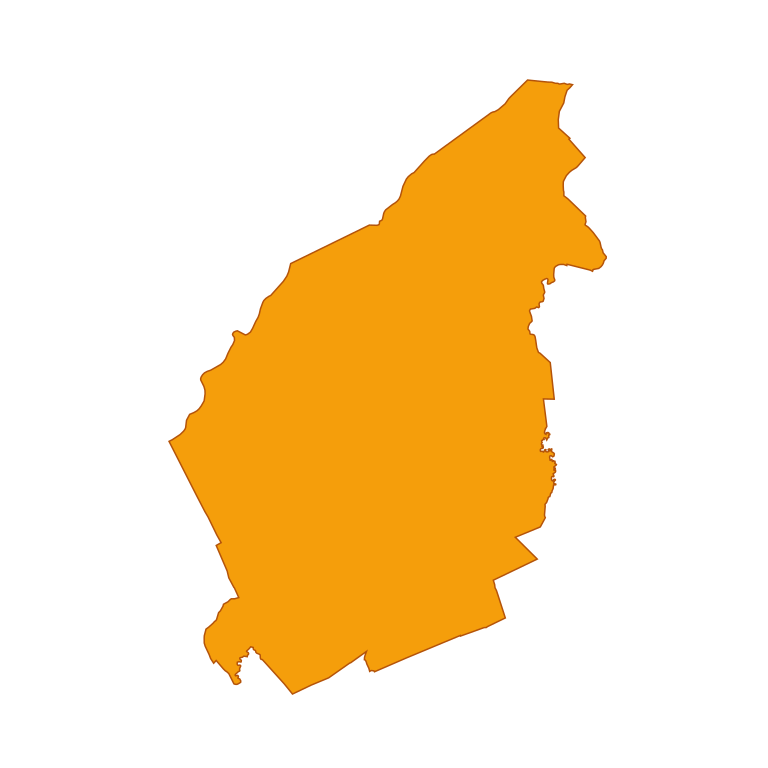 Draganesti, Suceava, Romania (Equal Earth projection), rotated 276°
{"feature_id": "2599482B31122548241895", "entity_name": "Draganesti", "entity_type": "district", "adm_level": 2, "iso_a3": "ROU", "parent_name": "Romania", "parent_adm1": "Suceava", "projection": "equal_earth", "projection_center": [26.414, 47.314], "detail": "fine", "context": "isolated", "style": "filled", "palette": "amber", "viewbox_px": 768, "rotation_deg": 276, "n_neighbors": 0, "source": "geoboundaries", "source_scale": "gbopen_adm2", "svg_char_len": 6099}
<svg xmlns="http://www.w3.org/2000/svg" viewBox="0 0 768 768"><g transform="rotate(276 384 384)"><path d="M333.0,560.2L334.5,557.4L335.9,557.7L336.9,557.7L337.0,557.4L336.7,556.9L335.9,556.8L335.4,556.5L335.4,556.1L336.7,555.3L336.5,554.6L336.0,554.1L335.5,554.2L335.1,555.0L334.4,555.1L333.7,554.2L333.5,553.2L333.7,552.1L334.1,551.8L335.6,551.9L335.7,551.6L335.5,550.9L335.0,550.5L333.3,550.1L333.0,549.7L333.7,548.2L333.3,547.1L333.4,546.7L334.2,546.4L335.3,546.4L336.0,546.8L336.3,547.2L336.4,548.1L336.8,548.8L337.3,549.1L338.2,548.9L338.0,548.1L338.5,547.6L339.8,548.5L339.9,548.3L339.8,547.4L340.0,547.1L340.8,546.8L341.7,547.0L342.3,547.4L342.8,547.0L344.1,546.7L344.4,546.9L344.6,547.5L345.5,548.0L345.6,549.0L346.7,548.5L347.1,548.7L347.3,549.3L347.3,550.4L345.3,551.7L347.4,552.4L348.0,553.5L350.4,553.2L350.7,553.4L350.8,554.0L351.4,554.2L351.8,553.4L352.7,552.9L352.9,552.3L352.9,551.9L352.4,551.7L352.3,551.4L352.5,550.6L350.8,550.4L351.4,549.2L352.1,548.7L354.4,548.7L355.6,549.2L356.7,549.2L357.1,549.7L358.9,550.4L385.8,544.1L386.7,554.9L422.7,547.1L430.9,536.0L431.4,534.7L431.8,534.2L435.9,532.2L443.4,530.3L446.8,529.3L448.0,528.6L448.5,528.0L448.8,526.9L448.8,524.6L449.1,524.0L451.6,523.4L453.8,521.4L456.3,521.5L459.5,522.5L461.7,524.5L462.3,524.7L466.6,523.6L471.5,521.2L472.3,521.1L473.8,521.8L475.0,526.1L476.5,527.7L476.5,528.2L476.1,529.8L476.4,530.1L477.1,530.5L479.6,529.9L480.4,529.9L481.2,530.3L481.9,530.8L482.3,532.6L482.9,533.6L485.8,534.2L488.8,533.2L489.7,533.3L491.7,534.2L492.4,534.2L495.8,532.9L498.3,532.3L499.3,531.8L500.7,530.4L502.0,530.0L502.7,530.3L503.8,531.2L505.0,532.9L505.9,534.7L505.8,535.5L505.3,536.0L504.8,536.2L501.3,536.0L500.7,536.2L500.5,536.6L501.0,538.5L502.4,540.1L503.2,541.7L504.4,542.9L505.3,543.0L508.0,541.7L510.6,541.3L516.3,541.2L517.5,541.4L518.9,542.4L520.9,545.2L521.4,547.3L521.7,550.1L520.9,553.4L522.2,553.5L519.0,575.9L518.7,577.5L517.9,579.6L518.7,579.9L519.4,579.8L519.9,580.5L521.4,585.5L523.4,587.6L525.3,588.8L527.1,589.5L529.6,590.0L532.2,591.8L533.9,591.7L537.4,588.2L540.3,587.2L541.1,586.4L542.7,585.6L547.3,584.1L548.8,583.3L556.3,576.4L560.5,571.8L561.7,570.2L563.0,567.6L563.7,567.3L566.5,567.9L570.8,566.8L572.1,567.0L587.3,547.6L590.0,543.2L593.7,542.8L595.4,542.2L600.0,541.5L603.7,541.2L605.0,541.5L610.3,543.6L614.0,546.3L616.2,548.5L619.2,552.5L620.4,553.6L630.2,560.4L646.8,542.3L647.8,543.2L656.8,530.9L665.1,529.7L673.5,529.9L682.3,533.4L688.5,533.9L695.3,535.4L698.1,537.9L701.4,540.2L701.8,537.0L701.2,535.5L701.2,534.5L701.9,531.8L700.7,527.5L700.7,526.7L701.2,525.5L701.0,522.9L701.7,519.4L701.4,515.5L701.3,495.0L683.0,479.9L680.9,478.3L675.3,475.2L668.7,468.9L666.5,465.8L665.8,463.7L664.8,462.0L617.8,409.9L617.8,409.0L617.2,407.3L615.3,405.1L610.0,400.9L597.4,391.8L596.0,389.6L592.8,386.5L590.1,384.8L582.6,382.2L572.6,380.7L569.5,379.6L567.4,378.2L565.5,376.4L563.3,373.6L557.4,367.5L555.6,366.5L553.7,365.9L548.1,365.3L546.6,364.7L545.4,362.6L542.5,362.6L541.9,362.2L541.1,360.6L540.5,352.8L494.0,278.6L485.4,277.4L481.1,276.1L475.6,273.2L460.2,262.1L459.2,260.4L456.8,257.6L454.5,255.8L452.6,255.0L445.9,253.3L440.7,252.7L437.1,251.8L432.8,249.9L425.6,247.5L421.6,245.7L419.1,242.9L418.3,241.0L421.6,232.6L420.9,230.8L419.8,229.1L418.5,228.4L417.4,228.2L416.3,228.8L414.7,230.3L411.6,230.8L407.4,229.5L404.6,228.0L398.2,225.6L392.4,223.9L388.8,221.8L386.3,219.5L379.5,210.0L378.1,206.9L376.3,204.3L374.2,202.6L371.7,201.4L370.1,201.1L368.9,201.3L362.7,205.2L359.1,206.6L355.5,207.1L348.5,206.9L347.5,206.5L343.2,204.6L340.0,202.7L337.8,200.8L335.7,197.9L333.5,193.9L327.3,191.4L319.9,191.3L318.2,190.8L316.1,189.6L312.4,186.5L306.5,179.3L304.5,176.2L253.9,209.0L238.4,219.2L233.4,222.9L216.4,233.5L209.2,238.6L205.9,234.0L181.6,247.6L175.0,249.9L166.0,256.0L165.8,256.4L156.4,261.9L154.8,257.9L154.4,254.6L153.7,253.7L151.1,251.6L148.2,247.4L146.2,247.1L141.3,245.0L139.3,243.4L132.3,242.1L131.1,241.5L130.1,240.3L128.2,239.0L123.9,235.1L121.6,232.6L114.9,231.6L112.8,231.7L107.6,232.3L104.5,233.6L96.6,238.4L92.8,240.3L88.5,243.8L91.5,246.0L83.9,254.0L82.2,256.1L81.4,257.7L79.8,259.9L70.1,266.1L69.8,267.4L69.9,269.1L70.6,270.4L72.3,272.6L73.7,272.6L75.5,271.4L76.3,269.4L77.8,269.8L78.7,269.3L78.9,268.9L78.3,266.8L78.6,266.5L79.6,266.5L80.1,266.9L82.8,269.3L83.4,270.4L83.8,270.6L85.1,270.2L86.2,270.2L88.6,271.0L89.1,270.6L89.4,270.1L88.9,268.3L89.1,267.9L90.1,267.2L92.0,267.2L92.7,268.8L92.5,270.4L92.7,271.0L94.3,271.0L95.4,269.4L96.1,269.2L96.7,269.4L97.4,271.6L98.7,273.1L98.5,276.5L99.9,276.6L101.1,277.5L101.8,277.5L102.5,277.2L103.6,275.3L104.1,275.3L106.2,277.2L108.7,278.9L108.3,281.5L106.8,281.7L106.2,282.1L105.5,284.0L103.7,284.7L103.0,285.6L102.1,288.6L101.5,289.2L98.7,289.6L97.7,290.1L97.3,290.6L97.2,291.8L94.2,295.2L75.5,316.0L66.1,325.4L76.9,343.0L86.0,359.7L103.0,379.2L103.2,379.9L116.2,394.5L112.0,393.5L110.0,393.2L107.8,393.3L107.8,393.7L106.9,394.7L105.5,395.5L103.9,396.1L99.6,398.7L96.7,399.8L97.7,401.1L97.7,403.9L96.8,404.6L113.9,434.9L141.9,486.2L141.3,486.4L152.2,509.0L152.5,511.2L153.5,512.2L164.0,529.1L186.2,519.3L190.4,517.4L193.0,515.7L196.1,515.0L200.3,513.2L225.9,554.7L245.3,530.6L258.2,554.4L267.9,558.4L269.3,557.6L270.6,557.3L279.0,557.1L281.2,556.7L283.2,558.1L287.0,559.1L288.3,559.2L289.0,559.8L289.4,560.7L292.8,561.2L293.4,562.0L294.0,562.3L295.3,562.3L297.6,563.1L301.3,563.2L301.7,565.3L301.9,565.4L302.5,565.2L302.6,563.9L303.0,563.2L303.5,563.1L304.7,563.3L306.4,564.5L306.8,564.4L307.0,564.1L307.0,563.2L306.4,562.6L305.3,562.0L305.3,561.5L306.0,560.8L307.1,560.4L308.9,560.4L309.5,560.8L309.8,561.2L309.5,562.3L309.8,562.6L310.3,562.6L312.4,561.6L314.1,563.5L314.7,563.8L316.3,563.6L316.5,563.2L315.9,562.3L316.3,561.9L317.3,562.0L317.6,563.1L317.9,563.2L318.3,563.0L318.4,561.8L319.2,561.6L321.5,563.8L322.0,563.9L322.9,562.2L324.1,562.4L325.0,562.0L324.8,561.4L325.4,560.8L325.4,560.4L324.7,560.0L324.6,559.5L326.5,558.8L326.5,558.5L325.5,557.4L325.5,557.2L328.7,556.3L329.8,556.6L330.1,557.4L330.0,558.2L329.2,559.2L329.5,559.9L330.2,560.6L332.3,560.7L333.0,560.2Z" fill="#f59e0b" stroke="#b45309" stroke-width="1.5"/></g></svg>